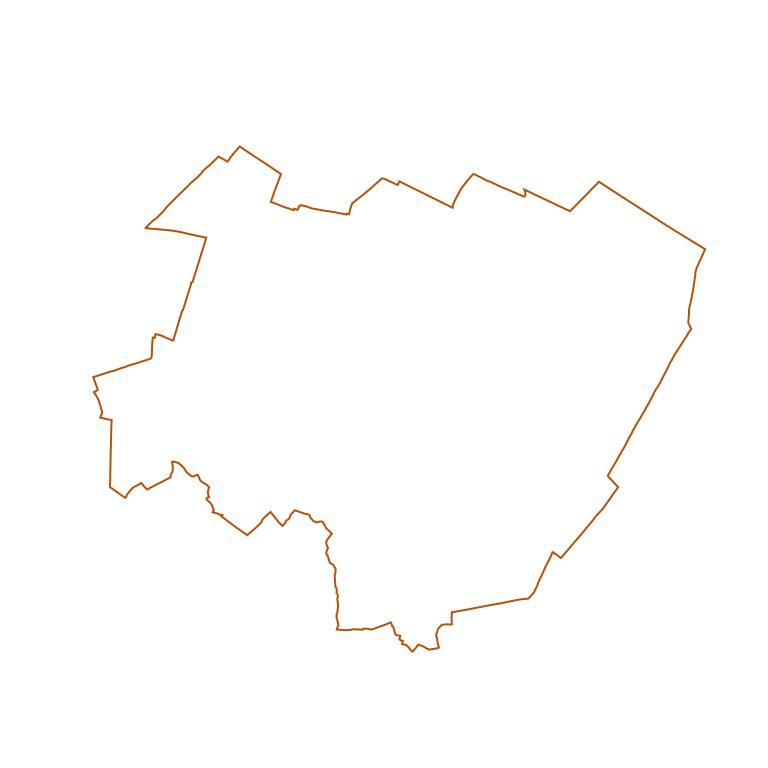 Dumbraveni, Vrancea, Romania (Mercator projection), rotated 285°
{"feature_id": "2599482B91925351810822", "entity_name": "Dumbraveni", "entity_type": "district", "adm_level": 2, "iso_a3": "ROU", "parent_name": "Romania", "parent_adm1": "Vrancea", "projection": "mercator", "projection_center": [27.087, 45.55], "detail": "fine", "context": "isolated", "style": "outline", "palette": "amber", "viewbox_px": 768, "rotation_deg": 285, "n_neighbors": 0, "source": "geoboundaries", "source_scale": "gbopen_adm2", "svg_char_len": 6166}
<svg xmlns="http://www.w3.org/2000/svg" viewBox="0 0 768 768"><g transform="rotate(285 384 384)"><path d="M635.0,539.2L633.5,538.4L617.0,529.2L599.0,519.0L608.1,469.3L606.3,470.6L603.1,471.7L601.2,471.1L601.5,468.7L603.7,454.2L604.6,446.4L605.6,441.2L606.5,436.4L606.8,434.7L606.9,432.1L607.3,429.6L608.5,424.4L608.9,422.5L609.1,421.0L609.8,418.1L609.9,417.1L609.7,415.8L602.9,412.2L599.7,411.0L597.6,410.0L593.8,408.4L589.7,407.2L585.3,406.3L582.2,405.5L578.1,404.7L575.2,404.4L572.0,404.6L583.7,346.3L579.8,345.7L580.0,343.9L581.8,333.9L582.2,331.2L582.3,329.5L581.8,328.6L576.2,324.9L570.8,321.5L568.9,320.2L561.6,315.0L550.3,306.5L548.7,306.5L548.1,306.2L538.8,306.2L538.7,303.9L538.0,303.9L537.8,300.4L537.5,297.5L537.2,292.0L536.6,286.4L536.3,283.7L536.0,282.7L535.8,278.9L535.1,270.7L535.0,269.2L535.1,266.8L535.3,264.7L535.4,261.2L535.3,259.6L535.3,258.8L535.3,258.3L535.2,257.5L534.9,256.9L534.4,256.2L532.2,256.0L532.2,255.6L529.9,255.5L530.0,251.8L528.5,251.8L528.9,246.9L529.0,243.8L529.3,239.4L529.4,239.0L529.5,238.2L530.2,232.5L530.6,227.6L542.3,228.4L560.1,230.2L566.8,210.9L568.8,204.4L571.7,195.8L574.6,187.4L576.1,183.2L567.4,178.9L563.9,177.4L560.1,176.0L558.3,175.4L560.2,167.9L560.6,165.9L560.9,165.3L550.1,158.9L548.7,157.8L542.2,153.5L540.9,153.3L539.5,152.6L535.5,150.4L531.4,147.6L528.7,145.7L518.4,139.8L513.6,136.8L500.0,129.0L497.8,127.9L495.3,127.0L489.3,123.6L485.8,121.7L484.1,120.5L482.8,119.1L479.6,117.1L473.2,113.3L472.8,113.5L475.7,129.7L476.0,131.6L477.4,140.0L478.0,146.2L478.2,149.9L478.3,154.6L478.9,167.6L479.3,173.0L479.5,174.4L477.3,174.4L467.6,174.1L464.4,173.9L432.9,172.7L432.1,171.4L430.1,171.8L429.5,171.8L426.7,171.6L404.0,170.7L403.4,170.6L403.0,170.3L402.7,170.1L394.9,169.8L378.8,169.4L371.7,169.2L371.4,169.2L371.2,168.9L371.4,167.9L371.6,166.2L371.9,164.8L372.1,162.2L372.2,161.1L372.9,158.8L373.1,156.9L373.2,150.5L372.6,150.4L369.3,150.6L369.2,150.2L369.0,148.6L361.0,150.1L351.2,152.4L349.5,152.4L348.2,152.2L347.6,151.4L341.6,142.0L338.5,137.5L338.1,136.3L336.9,134.4L334.2,130.5L333.3,129.3L331.4,126.2L327.0,119.8L324.7,115.7L319.8,108.3L315.4,101.4L304.4,109.0L304.0,109.1L301.0,105.8L297.6,109.8L295.0,112.1L292.9,113.6L289.9,115.5L283.9,119.0L282.6,119.3L279.5,118.7L278.1,118.6L278.2,122.9L278.6,130.3L273.3,131.4L259.6,134.7L240.7,139.3L223.9,143.5L213.3,146.0L213.2,146.5L212.7,148.5L210.2,155.0L207.1,163.2L207.2,163.5L208.0,164.1L208.8,164.2L210.4,164.3L214.3,166.0L217.6,167.5L218.5,168.1L219.9,169.3L221.7,171.3L224.7,174.4L225.6,175.2L225.4,175.6L223.2,178.5L222.1,180.2L220.8,182.4L233.3,196.2L236.9,200.1L237.7,200.9L238.6,202.0L240.2,201.6L242.2,201.7L244.3,202.2L245.8,202.3L246.9,202.1L250.6,200.9L254.0,199.5L254.5,199.9L254.6,203.0L254.4,206.2L252.8,209.7L251.0,212.5L249.7,214.0L247.7,216.1L246.9,217.6L245.4,221.1L245.2,222.1L245.1,222.8L245.4,223.8L247.0,225.8L248.0,227.1L248.0,227.7L245.2,230.0L243.8,231.1L242.8,232.5L242.3,233.6L242.0,234.9L241.3,236.9L240.7,239.0L239.0,241.8L236.2,241.6L235.0,241.9L234.0,241.6L231.7,242.8L229.4,244.3L228.8,243.2L227.7,242.2L226.5,242.5L225.9,243.9L224.6,246.3L222.6,249.0L218.0,252.2L215.7,251.6L215.8,257.5L215.2,258.3L215.7,261.8L215.6,262.0L213.9,261.3L213.0,263.8L206.8,279.5L202.6,291.0L212.6,297.8L217.8,300.9L220.2,301.6L222.1,301.8L231.1,307.5L223.4,317.8L220.7,322.6L222.1,323.5L223.4,324.2L224.2,324.7L225.9,324.7L227.0,325.2L228.0,325.9L228.4,326.6L229.6,327.2L230.7,327.5L233.5,327.7L237.9,329.9L239.0,330.7L238.2,340.5L238.4,345.7L235.5,347.9L233.7,350.6L233.2,352.4L232.9,354.1L232.9,355.3L234.2,356.8L234.5,357.4L235.2,360.4L232.6,362.7L230.8,364.6L229.4,365.9L228.6,367.8L226.0,372.3L222.7,371.0L219.3,369.6L216.4,369.1L214.4,369.8L211.1,372.4L208.8,371.8L206.2,371.9L204.7,372.6L203.4,374.0L201.4,375.4L197.2,378.0L196.4,381.4L195.1,383.0L192.7,385.2L188.6,386.0L186.3,386.0L184.7,386.4L176.0,389.4L174.0,391.1L172.7,391.7L169.9,392.2L168.3,394.0L166.3,394.5L164.5,394.4L159.3,396.6L156.6,397.3L154.0,397.6L151.5,398.1L149.9,397.8L147.4,398.2L145.2,399.1L141.8,401.1L139.0,402.4L137.9,402.1L134.6,401.9L136.2,410.4L137.6,415.0L138.1,415.6L138.8,416.9L139.3,418.4L140.8,425.5L141.2,427.0L141.5,427.4L142.3,427.3L142.4,427.6L142.6,428.7L143.2,430.9L143.3,431.9L143.5,433.3L143.4,433.9L143.6,435.4L144.4,436.8L145.8,438.9L147.9,441.7L149.8,444.6L153.1,449.1L155.4,452.1L155.5,452.3L154.7,453.0L152.2,454.7L152.3,455.1L151.3,456.2L148.1,457.9L146.8,458.7L146.3,459.1L144.9,460.1L144.6,460.6L144.5,460.9L145.0,463.6L145.1,464.8L141.3,465.0L140.6,466.9L140.8,468.8L137.5,468.7L137.6,472.2L137.5,473.4L136.5,475.1L134.8,477.5L133.4,479.3L133.0,480.8L133.1,481.2L135.1,482.0L138.3,483.5L139.7,483.9L140.7,484.4L141.1,484.7L141.2,485.8L140.5,490.8L140.0,492.3L139.5,493.7L139.4,495.0L139.1,496.2L142.1,503.1L143.3,504.9L143.7,505.3L146.9,503.2L150.2,501.8L155.5,499.2L159.3,499.6L161.3,499.4L165.4,501.6L166.5,502.6L168.0,506.3L168.0,506.7L168.8,510.0L168.9,510.8L169.4,511.7L173.0,510.6L176.4,509.6L179.5,509.0L181.0,508.5L187.6,522.7L191.1,529.8L194.7,537.2L201.5,551.5L202.4,553.7L203.1,554.9L205.9,560.6L208.4,565.5L209.1,567.0L210.9,570.7L212.0,573.3L212.9,575.7L213.4,577.1L213.7,578.4L214.6,579.2L215.8,579.9L221.5,582.8L228.7,584.2L231.5,584.3L235.4,584.9L241.3,586.1L248.2,587.1L253.8,588.2L258.9,589.4L265.1,590.3L265.3,590.7L265.0,591.7L264.6,592.3L263.8,594.9L261.7,599.9L274.1,605.9L289.3,613.1L299.7,617.9L307.1,621.4L309.3,622.1L312.1,623.3L313.9,624.4L317.8,626.4L319.3,627.3L324.7,629.4L330.2,631.4L331.4,632.0L335.6,633.3L341.8,635.7L345.0,636.8L353.0,624.0L354.9,624.2L356.5,624.8L363.5,626.6L369.1,628.2L375.4,629.7L386.2,632.7L389.7,633.5L394.6,634.4L395.5,634.6L399.6,635.8L403.6,636.5L406.2,637.3L409.8,638.1L415.5,639.8L422.4,641.7L430.9,643.9L437.9,645.6L445.2,647.0L448.6,647.9L453.0,649.4L455.1,650.0L457.2,650.5L462.3,651.6L465.2,652.1L468.9,653.0L472.0,653.6L473.4,653.9L479.8,655.2L480.9,655.6L488.6,657.4L494.2,659.3L502.6,662.0L510.4,664.5L512.2,664.8L516.4,666.6L521.8,662.1L530.8,660.4L535.9,659.2L541.3,659.1L546.9,658.8L558.5,657.8L571.0,656.3L572.0,655.9L576.5,655.9L597.3,659.3L607.5,624.9L611.3,612.6L616.5,596.7L626.1,566.5L635.0,539.2Z" fill="none" stroke="#b45309" stroke-width="2"/></g></svg>